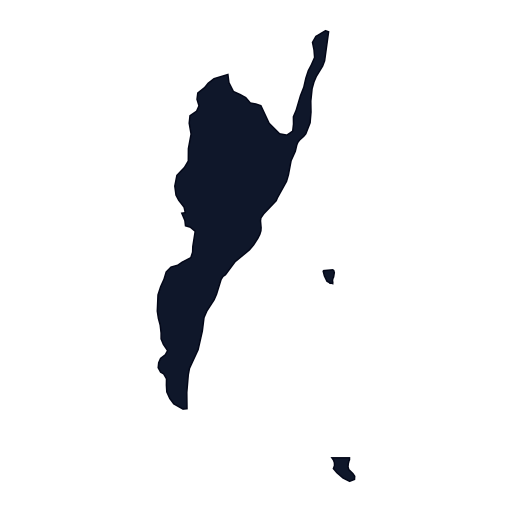 the border of Taitung
{"feature_id": "TWN-1177", "entity_name": "Taitung", "entity_type": "County", "adm_level": 1, "iso_a3": "TWN", "parent_name": "Taiwan", "parent_adm1": "", "projection": "equal_earth", "projection_center": [121.163, 22.723], "detail": "fine", "context": "isolated", "style": "filled", "palette": "ink", "viewbox_px": 512, "rotation_deg": 0, "n_neighbors": 0, "source": "natural_earth", "source_scale": "10m", "svg_char_len": 1991}
<svg xmlns="http://www.w3.org/2000/svg" viewBox="0 0 512 512"><path d="M328.6,31.8L324.6,60.8L322.6,66.1L316.3,76.4L314.0,81.8L312.1,88.6L310.8,101.1L311.0,112.2L310.1,122.8L305.8,133.8L303.9,136.1L299.6,140.0L297.8,142.4L296.8,144.9L295.3,151.3L291.1,160.6L288.4,174.9L286.5,181.4L277.4,197.8L276.2,200.7L263.8,213.7L260.9,217.9L260.5,220.8L261.1,227.8L260.9,230.8L259.8,234.4L257.9,238.2L253.6,244.9L249.4,249.9L235.1,261.7L225.4,274.8L223.0,276.4L221.1,279.4L216.5,294.3L214.1,299.8L206.9,310.9L204.0,317.6L202.3,331.2L198.1,349.7L189.5,368.3L188.3,374.6L186.8,392.4L187.0,408.7L183.0,409.1L173.8,403.9L169.8,398.5L166.8,391.9L166.4,385.2L166.5,378.8L163.7,373.9L160.6,372.1L158.2,367.7L158.7,362.7L160.6,358.4L165.3,354.8L167.6,350.6L163.4,344.4L161.1,338.9L161.1,333.0L160.2,325.1L158.4,318.4L157.3,311.1L158.0,294.9L160.7,286.6L164.0,279.3L166.2,272.0L171.0,267.1L177.8,265.2L182.1,262.2L190.8,257.7L192.6,252.2L192.8,246.5L195.2,231.3L190.3,227.2L185.5,225.8L184.9,220.5L181.8,213.2L185.3,212.7L184.1,207.2L178.7,200.2L176.0,195.1L174.8,186.1L176.9,175.4L184.5,167.4L188.3,161.0L188.4,148.6L191.1,134.1L189.2,123.2L190.0,115.7L196.6,111.2L199.0,105.8L197.0,99.3L197.8,93.0L204.7,87.5L208.2,83.2L214.0,78.7L227.9,74.5L228.9,82.6L233.4,91.5L240.3,94.6L245.8,97.7L250.3,103.0L255.9,104.0L260.9,105.7L269.1,123.3L279.6,133.8L286.9,135.1L292.7,131.1L293.5,124.2L293.4,116.8L296.2,110.2L300.5,95.6L303.8,87.2L305.9,78.0L308.3,70.7L311.3,65.0L314.6,57.5L314.0,49.9L312.5,42.4L315.9,36.4L325.5,30.7L328.6,31.8ZM348.8,469.6L352.9,473.6L354.7,476.3L354.5,479.4L349.6,481.3L343.0,478.0L336.9,472.7L333.4,468.6L334.5,465.6L334.4,462.7L333.5,460.1L331.9,457.8L349.5,457.8L349.5,459.7L349.0,460.9L348.3,463.6L348.0,466.8L348.8,469.6ZM324.4,275.9L323.2,271.2L323.7,270.6L332.7,269.8L333.7,270.5L334.3,272.6L333.6,277.0L332.8,278.7L332.5,280.6L332.8,282.4L332.7,283.6L332.1,283.3L330.5,283.3L329.7,283.1L329.3,282.5L327.0,281.3L324.4,275.9Z" fill="#0f172a" stroke="#020617" stroke-width="1.5"/></svg>